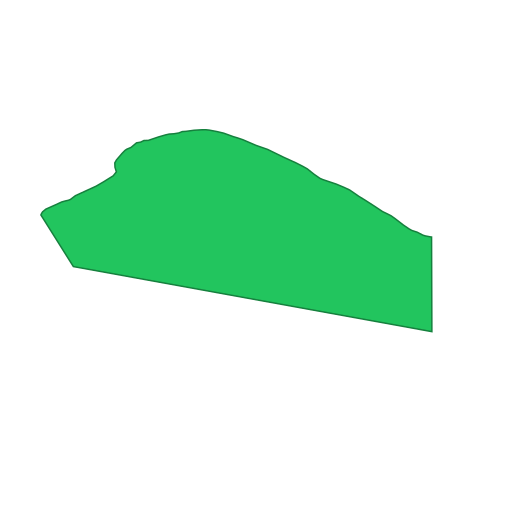 Ngerkeiukl, Palau, rotated 50°
{"feature_id": "81905179B11075638716817", "entity_name": "Ngerkeiukl", "entity_type": "district", "adm_level": 2, "iso_a3": "PLW", "parent_name": "Palau", "parent_adm1": "", "projection": "albers", "projection_center": [134.228, 7.009], "detail": "fine", "context": "isolated", "style": "filled", "palette": "green", "viewbox_px": 512, "rotation_deg": 50, "n_neighbors": 0, "source": "geoboundaries", "source_scale": "gbopen_adm2", "svg_char_len": 1012}
<svg xmlns="http://www.w3.org/2000/svg" viewBox="0 0 512 512"><g transform="rotate(50 256 256)"><path d="M427.0,169.9L354.3,109.3L353.7,109.9L349.4,113.4L347.2,114.8L341.4,117.2L336.6,120.2L333.4,121.4L327.0,123.2L316.9,125.4L311.9,126.7L308.4,128.2L303.3,130.5L294.4,133.1L282.8,136.7L276.3,138.9L265.7,141.8L259.9,144.5L252.5,148.3L240.4,155.7L237.6,157.1L230.6,159.0L222.2,160.7L218.2,162.2L210.6,165.4L198.0,171.4L181.8,178.6L171.4,184.8L158.5,191.3L153.7,194.2L149.9,196.7L141.1,201.8L135.6,205.9L129.5,210.9L127.0,213.3L124.6,216.2L119.8,222.7L115.5,229.5L113.3,232.5L112.1,236.1L109.6,240.3L106.8,244.1L105.1,247.4L102.1,254.2L98.2,264.2L95.5,267.6L94.6,271.2L92.5,274.8L92.5,281.9L91.1,286.4L90.9,288.5L91.3,292.6L92.7,301.1L93.9,304.3L97.4,307.0L101.8,308.9L102.8,313.9L102.1,318.6L101.2,325.1L99.7,333.7L93.7,355.5L93.4,361.8L92.7,363.9L91.2,366.8L89.7,370.1L88.0,376.4L85.0,386.9L85.0,391.1L85.6,393.0L86.3,394.4L146.7,402.7L427.0,169.9Z" fill="#22c55e" stroke="#15803d" stroke-width="1.5"/></g></svg>